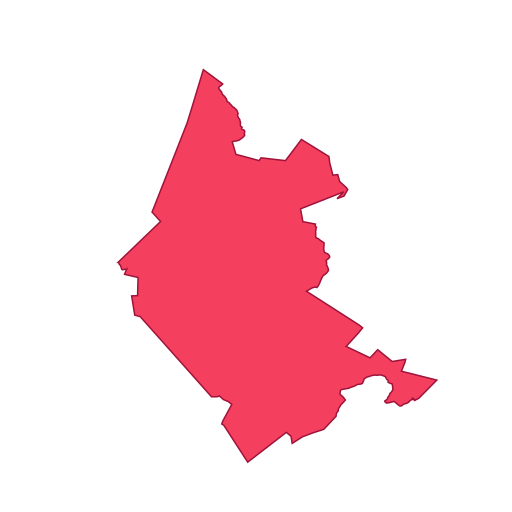 the district of San Luis del Cordero, Durango, Mexico, rotated 72°
{"feature_id": "50627088B87094166069630", "entity_name": "San Luis del Cordero", "entity_type": "district", "adm_level": 2, "iso_a3": "MEX", "parent_name": "Mexico", "parent_adm1": "Durango", "projection": "natural_earth1", "projection_center": [-104.288, 25.388], "detail": "fine", "context": "isolated", "style": "filled", "palette": "rose", "viewbox_px": 512, "rotation_deg": 72, "n_neighbors": 0, "source": "geoboundaries", "source_scale": "gbopen_adm2", "svg_char_len": 5761}
<svg xmlns="http://www.w3.org/2000/svg" viewBox="0 0 512 512"><g transform="rotate(72 256 256)"><path d="M400.5,145.6L398.4,159.1L388.5,165.5L382.7,169.2L388.1,179.0L369.9,198.2L361.1,182.8L357.3,176.8L353.8,179.0L353.6,179.2L305.1,218.9L304.8,217.5L304.5,216.1L304.3,215.1L303.8,213.3L303.7,211.5L303.8,209.8L304.0,209.0L304.8,207.8L303.7,206.1L302.4,204.8L301.6,203.9L300.3,202.9L299.1,201.9L298.1,201.0L297.0,199.9L295.9,199.0L295.3,197.9L295.0,196.7L294.7,195.7L294.3,194.8L293.7,193.6L292.9,192.4L292.0,191.5L290.6,191.2L287.8,191.4L285.8,191.6L284.6,191.0L283.7,190.7L282.8,190.9L281.9,190.6L281.5,189.9L281.4,189.3L280.9,187.9L279.9,186.3L278.8,186.1L277.0,186.6L275.9,187.4L275.2,188.1L274.0,189.5L272.8,189.7L270.8,189.6L264.6,187.2L259.7,190.9L259.3,191.0L258.9,191.3L258.7,191.6L258.3,192.0L258.0,192.4L257.5,192.8L257.3,192.9L257.1,193.1L257.0,193.3L256.9,193.4L256.5,193.3L251.1,191.7L247.9,190.1L247.4,189.6L247.2,189.7L246.5,190.1L246.1,190.2L245.7,190.3L245.2,190.3L244.8,190.0L244.3,189.8L244.0,189.6L237.8,200.8L224.9,199.1L222.1,152.8L226.5,161.2L226.2,153.8L223.4,150.7L221.1,148.2L218.6,149.1L211.1,153.4L203.8,153.1L202.9,157.9L190.2,157.1L183.9,155.9L159.2,176.8L174.4,198.5L164.2,220.8L166.2,223.6L155.1,240.6L153.2,243.7L140.1,243.3L140.0,242.2L140.0,241.9L140.0,241.4L140.2,240.5L140.5,239.4L140.6,238.5L140.5,237.9L140.6,237.3L140.6,236.1L140.2,235.1L139.9,233.9L139.4,232.6L138.8,231.1L138.1,230.0L137.6,229.4L136.8,229.3L136.0,229.4L135.6,229.1L135.2,228.8L134.6,228.4L134.2,228.2L133.7,228.2L133.2,228.3L132.5,228.5L132.2,228.8L131.9,229.3L131.6,229.6L131.5,229.9L131.2,230.2L130.8,230.4L130.4,230.4L130.1,230.2L129.8,230.0L129.5,229.5L129.3,229.4L128.7,230.0L128.3,230.2L127.8,230.3L127.3,230.4L126.6,230.4L125.6,230.1L124.9,229.7L123.5,229.4L122.8,229.5L121.0,229.3L120.1,229.6L119.1,230.0L118.4,230.0L117.8,230.2L116.8,230.1L116.1,229.9L115.8,229.7L115.4,229.3L114.9,229.0L114.2,229.0L113.4,229.1L112.8,229.2L111.9,229.2L111.3,229.2L110.6,229.5L109.9,230.0L109.5,230.2L109.0,230.6L108.4,230.7L108.1,230.9L107.8,231.1L107.5,231.5L107.4,231.8L106.7,232.1L106.2,232.4L105.5,232.6L104.9,232.8L104.3,233.2L104.0,233.3L103.6,233.6L103.2,233.7L102.8,233.7L102.3,234.0L101.7,234.3L101.4,234.6L101.0,235.0L100.6,235.3L100.1,235.6L99.5,235.7L98.7,235.5L98.0,235.6L97.1,235.7L96.5,235.9L95.8,236.2L94.8,236.4L94.3,236.6L93.7,237.1L93.0,237.4L92.3,237.7L91.9,238.0L91.2,238.1L90.2,238.0L89.6,238.1L88.9,238.2L88.5,238.3L88.0,238.6L87.5,238.8L86.6,239.1L86.2,239.3L85.8,239.4L85.3,239.5L84.8,239.6L84.5,239.5L84.2,239.2L83.9,238.8L83.6,238.4L83.5,237.9L83.4,237.5L83.4,237.1L83.1,236.6L82.9,236.0L82.6,235.4L82.1,234.5L62.5,248.5L96.7,272.3L107.9,280.2L108.3,280.5L120.1,290.2L138.0,304.9L156.3,320.0L164.9,327.1L176.2,336.4L182.1,341.3L193.7,336.1L219.4,389.1L219.5,388.8L221.1,388.6L221.4,388.6L221.7,388.6L221.9,388.5L222.7,388.0L223.5,387.8L226.3,387.8L226.6,387.8L227.0,387.8L227.4,387.7L227.7,387.4L228.0,386.9L227.9,386.0L228.2,385.0L228.4,384.5L228.3,384.2L228.4,383.9L228.7,383.6L228.7,383.4L228.6,383.1L232.8,386.7L240.0,374.8L257.1,380.9L255.5,386.6L274.8,389.6L277.8,384.9L362.2,347.9L376.2,341.8L378.0,335.9L377.5,334.3L382.5,331.3L385.9,327.3L389.7,324.9L402.5,338.4L405.2,340.5L406.9,339.0L413.1,337.3L424.4,334.3L449.5,327.6L433.1,281.7L438.2,278.4L445.4,279.5L442.3,267.6L441.8,257.0L441.8,245.1L433.1,229.3L432.7,229.2L431.8,228.8L429.9,227.6L428.7,225.6L426.7,224.7L425.0,222.6L423.7,221.1L422.4,218.6L420.6,215.5L420.4,215.6L417.8,216.4L416.3,217.1L415.1,217.8L413.9,218.5L412.9,218.8L412.2,218.4L411.2,217.8L410.1,217.3L409.6,216.7L409.5,215.7L409.6,214.8L410.5,208.2L410.1,206.9L410.2,205.8L410.2,204.3L410.1,203.1L410.1,202.3L410.0,201.7L409.7,200.5L409.5,199.3L409.6,198.7L409.8,197.6L410.1,196.4L410.2,194.9L409.9,193.9L409.1,193.4L408.2,192.4L407.1,191.8L406.2,190.8L405.8,189.4L405.5,188.1L405.5,187.6L405.4,186.9L405.5,186.1L405.7,185.4L405.6,185.2L405.5,184.6L405.5,183.9L405.5,183.1L405.6,182.2L406.0,179.9L406.0,179.6L406.1,179.1L406.3,178.9L406.8,177.9L406.9,177.2L407.1,176.3L407.3,175.6L407.3,174.8L407.4,174.5L407.6,174.2L408.0,173.9L408.1,173.3L408.3,172.9L408.6,172.8L409.0,172.4L409.2,172.1L409.5,171.5L409.8,171.2L410.2,170.9L410.6,170.6L410.8,170.3L411.0,170.1L411.6,170.1L412.0,170.1L412.5,170.0L413.1,169.9L413.5,169.8L414.0,169.6L414.8,169.1L415.5,168.7L416.5,169.2L416.9,169.4L417.2,169.0L417.7,168.7L418.0,168.2L418.4,167.9L418.7,167.7L419.0,167.0L419.5,166.3L419.8,166.1L420.0,166.1L420.3,166.2L420.8,166.2L421.5,166.3L422.1,166.4L422.6,166.5L423.0,166.6L423.8,166.7L424.6,166.9L425.6,167.2L426.1,167.8L426.4,168.4L426.9,168.9L427.2,169.1L427.6,169.9L427.8,170.6L428.3,171.2L428.7,171.6L428.9,171.7L429.4,171.9L429.8,172.4L430.4,173.3L430.7,173.7L431.0,174.1L431.6,174.6L432.0,174.9L432.8,175.6L433.0,176.0L433.3,177.1L433.6,178.0L433.8,178.4L434.3,178.5L435.1,178.0L435.6,177.5L436.0,177.2L436.2,177.3L436.3,177.0L436.5,175.6L436.7,174.6L436.8,172.9L437.0,170.5L437.0,169.5L438.9,168.4L439.9,167.7L441.0,167.1L441.6,166.6L442.6,166.0L442.9,165.8L443.3,164.8L443.5,164.4L443.4,164.1L443.4,163.8L443.3,163.5L443.2,162.9L443.0,162.6L442.7,161.9L442.6,161.6L442.5,160.9L442.6,160.2L442.6,159.5L442.6,158.9L442.7,158.5L442.6,158.2L442.6,157.9L442.6,157.6L442.5,157.0L442.3,156.8L442.3,156.3L442.2,156.1L442.1,155.7L441.6,155.1L441.5,154.8L441.3,154.3L441.1,153.9L440.8,153.1L440.8,152.9L440.8,152.0L440.8,151.5L440.7,151.4L439.9,151.3L439.5,151.2L439.6,150.8L439.7,150.6L440.0,150.4L440.3,150.3L440.6,150.3L440.8,150.3L441.0,150.4L441.4,149.7L441.6,149.6L442.0,149.8L442.3,150.0L442.5,149.7L442.4,149.3L442.1,148.4L442.1,148.2L442.1,147.6L442.0,147.2L441.9,146.6L441.8,146.0L441.5,144.9L429.9,122.4L410.5,153.3L403.3,147.3L400.5,145.6Z" fill="#f43f5e" stroke="#9f1239" stroke-width="1.5"/></g></svg>